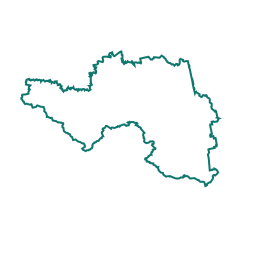 the district of Tenterfield, New South Wales, Australia, rotated 248°
{"feature_id": "25037944B39208221478861", "entity_name": "Tenterfield", "entity_type": "district", "adm_level": 2, "iso_a3": "AUS", "parent_name": "Australia", "parent_adm1": "New South Wales", "projection": "mercator", "projection_center": [152.357, -28.838], "detail": "fine", "context": "isolated", "style": "outline", "palette": "teal", "viewbox_px": 256, "rotation_deg": 248, "n_neighbors": 0, "source": "geoboundaries", "source_scale": "gbopen_adm2", "svg_char_len": 5902}
<svg xmlns="http://www.w3.org/2000/svg" viewBox="0 0 256 256"><g transform="rotate(248 128 128)"><path d="M201.4,150.5L201.6,149.9L201.3,148.1L199.7,142.4L200.1,141.8L201.8,141.5L202.3,140.9L203.3,141.7L204.1,141.7L204.2,139.0L202.6,137.6L200.9,138.9L200.0,138.3L202.2,134.9L203.3,131.6L202.6,130.7L199.7,130.2L198.6,129.2L201.2,125.6L200.9,124.7L198.8,124.3L198.5,122.6L199.3,119.6L197.8,119.3L196.1,121.3L195.6,120.8L195.7,119.7L195.1,119.0L193.3,119.9L191.1,119.1L190.8,118.3L192.4,117.4L192.7,116.8L191.1,114.7L193.0,114.4L193.5,113.6L193.4,112.8L192.4,112.5L190.2,114.1L189.9,113.5L190.6,112.6L190.2,111.7L189.1,112.5L185.2,110.9L184.3,110.9L183.3,109.8L182.5,110.6L181.7,110.7L181.2,108.7L181.5,107.8L180.5,108.2L179.0,107.4L177.6,107.6L177.2,105.3L179.2,104.5L178.8,103.7L179.5,102.7L179.2,102.0L180.3,102.0L181.0,101.0L181.0,100.0L180.4,99.2L181.6,98.6L181.7,97.6L182.4,97.0L181.7,96.5L182.2,96.1L181.4,95.4L182.8,95.0L183.9,95.3L182.8,94.4L183.4,93.3L185.1,92.5L186.2,92.7L185.7,92.0L186.1,91.1L185.6,89.7L186.0,89.3L186.6,89.9L186.8,88.8L185.9,88.7L187.1,87.4L188.2,87.6L186.9,85.6L186.0,85.6L186.0,84.4L186.7,83.1L185.9,81.8L187.5,81.3L188.5,81.7L188.8,81.4L188.4,80.7L189.3,81.3L190.1,80.2L190.6,80.4L190.5,81.3L191.5,81.2L191.7,81.9L192.2,81.3L193.8,81.6L194.1,81.3L193.7,80.8L194.1,79.0L195.1,79.4L196.4,78.8L198.0,79.4L198.6,77.4L197.3,76.7L199.0,74.7L198.8,74.4L199.3,74.6L199.5,74.2L199.2,74.2L200.7,74.0L200.1,72.9L200.4,72.3L200.9,72.1L201.7,72.8L201.7,70.9L202.4,69.9L202.2,68.4L204.2,67.6L204.1,66.0L204.5,65.7L203.7,64.7L205.0,64.9L205.9,63.9L205.9,62.5L206.6,62.3L206.5,61.7L207.5,61.1L206.9,59.2L208.3,58.6L208.2,57.8L208.8,57.0L208.5,56.0L208.9,55.6L208.7,55.4L209.6,54.5L210.5,54.8L210.8,52.5L210.4,51.5L209.7,51.6L208.9,50.4L207.8,50.5L206.5,49.7L204.1,53.4L203.2,51.5L202.1,51.0L200.9,51.3L200.9,50.4L199.8,50.6L198.8,49.2L197.1,48.5L197.5,45.6L198.5,42.5L198.1,42.0L196.5,41.7L195.8,41.1L195.8,40.4L194.7,40.0L193.3,40.6L192.1,40.6L191.5,41.3L190.2,41.1L188.7,41.6L188.6,43.0L186.3,45.9L186.2,47.3L182.6,47.2L182.0,50.6L182.9,52.0L182.7,52.7L180.8,54.5L179.0,57.6L176.0,57.4L174.9,56.6L173.0,57.6L170.2,57.5L168.7,56.9L168.5,57.8L166.4,59.6L166.0,61.1L163.2,61.0L161.2,64.0L159.5,65.1L158.2,67.9L157.8,68.0L156.7,69.7L155.4,69.1L155.0,68.1L153.1,67.5L152.4,68.2L149.2,67.4L146.8,68.7L146.0,70.2L145.0,70.4L144.1,71.7L141.7,71.8L140.5,72.8L137.4,72.6L137.0,75.1L134.2,76.6L132.9,78.4L130.8,79.9L130.4,81.1L128.3,81.5L126.8,81.1L126.0,77.8L124.7,78.1L122.4,80.2L122.8,81.3L122.1,83.2L122.5,83.7L122.2,84.8L122.8,85.8L122.7,86.9L123.9,88.1L125.1,88.3L126.4,89.5L126.7,91.0L127.2,91.4L126.8,92.6L127.5,94.0L127.1,95.9L128.6,98.2L128.5,99.8L129.0,99.9L129.8,101.4L129.6,101.9L133.4,101.8L134.1,102.4L134.1,103.1L135.1,104.5L136.4,104.0L136.9,104.3L136.9,106.8L138.2,108.4L137.6,109.4L133.8,111.9L134.3,112.2L134.5,113.2L133.0,115.7L133.2,118.0L132.9,118.6L133.5,119.4L132.4,120.7L133.2,121.7L132.9,122.6L133.0,124.7L132.6,126.2L131.2,126.7L131.0,127.5L130.5,127.7L130.6,128.8L130.2,129.6L131.6,130.8L133.2,129.8L133.3,130.2L132.9,130.8L133.2,131.7L132.2,132.5L132.3,133.1L131.4,135.4L130.4,135.9L129.6,138.0L128.5,138.3L128.4,137.0L127.8,136.2L125.7,138.4L124.9,138.3L124.1,139.5L123.1,139.9L122.5,139.6L117.3,141.4L116.9,140.0L115.2,139.2L114.2,139.3L112.7,138.7L112.3,139.2L111.4,139.1L109.9,138.0L108.6,138.1L107.1,139.4L106.7,141.8L107.3,143.4L106.8,144.2L106.7,145.5L106.1,146.2L105.4,146.6L103.8,145.9L103.6,145.3L104.0,144.6L103.0,143.8L99.8,145.1L99.0,145.8L98.2,145.3L98.6,142.7L97.2,142.2L96.6,141.5L96.8,140.9L96.1,140.3L94.5,139.8L95.0,139.3L94.1,137.2L94.3,136.6L93.8,136.3L93.1,134.4L93.4,132.7L92.4,132.1L91.1,133.3L89.8,132.8L89.2,134.3L88.4,134.7L88.4,135.3L87.2,135.3L85.7,138.2L84.5,137.8L82.6,139.6L81.7,139.6L80.7,140.3L80.5,141.4L79.3,140.6L78.1,140.9L77.2,140.5L74.4,141.8L73.1,143.6L71.5,143.3L68.7,145.0L68.3,147.3L67.5,148.2L67.7,148.9L63.6,153.0L62.5,155.1L62.1,156.9L62.4,158.3L61.5,160.4L63.1,161.8L63.0,162.7L61.9,162.7L62.1,163.1L60.9,165.3L57.9,166.7L56.6,170.9L53.9,172.9L53.4,174.0L51.9,174.3L51.0,175.0L50.0,177.6L49.1,178.5L45.2,178.0L45.2,179.4L45.5,179.9L46.1,179.7L46.6,180.4L47.1,183.0L46.7,184.0L49.0,187.4L50.1,188.3L51.6,188.5L52.0,189.0L52.3,190.2L51.3,190.9L52.1,193.3L53.2,195.0L56.0,194.5L58.0,192.9L57.2,192.5L58.0,190.6L57.6,190.2L58.0,187.9L70.0,191.6L73.3,192.1L74.9,194.0L78.0,194.5L78.0,195.8L77.0,200.7L78.2,200.8L77.8,203.1L79.2,203.3L79.1,204.0L85.9,205.4L86.1,203.7L88.5,204.1L88.9,201.2L90.6,201.4L91.2,202.1L90.6,202.9L91.0,203.6L99.6,205.1L100.5,205.7L99.7,207.5L102.4,207.9L102.1,209.7L101.3,210.2L100.6,213.2L102.8,215.6L102.8,216.0L104.3,214.3L104.5,214.9L110.3,215.9L110.4,215.3L110.9,215.4L111.0,214.8L111.6,214.9L111.6,214.5L114.5,212.9L116.6,213.2L116.9,213.8L119.3,214.7L121.0,213.4L124.1,214.6L125.1,214.4L126.5,213.1L129.0,213.0L129.3,212.6L128.8,211.7L130.4,210.1L129.2,208.2L129.3,207.6L131.3,206.2L132.5,207.0L135.4,204.7L136.0,204.8L135.9,203.6L135.3,203.1L138.8,203.6L139.2,204.2L140.2,204.3L140.3,203.8L144.6,204.5L144.5,205.2L147.9,205.7L147.5,205.2L160.5,207.5L161.3,207.2L162.4,208.2L163.2,208.2L163.3,207.8L167.6,208.5L168.4,206.5L168.5,204.8L169.6,204.0L170.5,204.5L172.4,202.5L171.6,201.3L168.6,200.2L167.5,199.0L167.5,197.6L168.7,197.7L169.4,196.7L168.4,194.4L169.4,194.3L170.3,193.5L170.5,192.4L172.4,191.5L172.8,190.5L174.3,189.2L175.0,189.5L176.1,188.8L178.1,188.7L179.0,187.9L179.8,188.1L182.5,186.3L181.3,183.6L183.9,178.7L182.9,177.8L183.1,177.2L182.4,176.1L182.9,174.8L186.4,173.6L187.8,165.3L183.4,164.5L183.1,164.1L184.7,162.7L184.6,161.6L186.0,159.9L186.3,157.9L183.7,157.4L186.6,156.2L188.0,156.9L188.4,156.7L187.7,155.6L187.8,155.0L189.1,153.1L190.0,152.7L189.1,151.7L189.0,150.8L190.6,150.5L190.1,149.0L189.0,148.9L188.8,148.4L190.7,147.9L192.2,148.5L191.9,147.5L194.9,148.0L194.8,149.0L197.6,150.2L198.0,149.6L201.4,150.5Z" fill="none" stroke="#0f766e" stroke-width="2"/></g></svg>